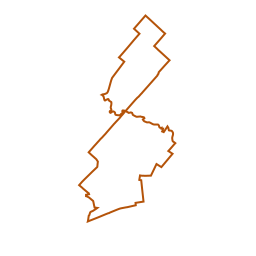 Galbinasi, Calarasi, Romania (Equal Earth projection), rotated 310°
{"feature_id": "2599482B621131645392", "entity_name": "Galbinasi", "entity_type": "district", "adm_level": 2, "iso_a3": "ROU", "parent_name": "Romania", "parent_adm1": "Calarasi", "projection": "equal_earth", "projection_center": [26.45, 44.33], "detail": "fine", "context": "isolated", "style": "outline", "palette": "amber", "viewbox_px": 256, "rotation_deg": 310, "n_neighbors": 0, "source": "geoboundaries", "source_scale": "gbopen_adm2", "svg_char_len": 3914}
<svg xmlns="http://www.w3.org/2000/svg" viewBox="0 0 256 256"><g transform="rotate(310 128 128)"><path d="M146.8,174.0L146.8,173.0L146.7,171.9L146.6,171.2L146.8,170.4L147.3,169.8L148.5,168.5L148.6,168.4L149.3,167.9L150.2,167.5L151.0,167.1L151.6,166.9L152.6,166.2L153.4,165.3L153.6,164.6L153.8,164.0L153.9,163.4L153.5,162.4L152.7,161.4L152.5,160.8L154.1,158.7L154.6,157.2L149.0,157.9L147.8,158.0L147.3,156.4L148.4,156.1L150.0,155.3L149.2,154.4L149.0,154.1L149.8,153.6L149.4,153.3L149.1,152.9L148.8,152.3L148.7,152.0L148.7,151.8L149.0,151.1L149.7,150.2L149.9,149.5L149.9,148.7L149.0,147.6L147.8,146.2L147.4,145.7L146.9,144.6L146.4,142.1L146.1,140.8L145.6,140.1L144.8,139.3L144.4,138.7L144.2,138.0L143.8,136.8L143.6,136.0L143.7,135.0L144.1,133.9L146.0,134.3L146.2,134.0L146.3,133.8L146.4,133.3L145.8,132.0L145.4,131.5L145.1,130.9L144.9,130.2L144.0,129.3L142.4,127.7L142.1,127.3L141.9,126.7L141.5,125.1L141.4,124.5L141.3,123.9L141.2,123.3L141.2,123.2L141.8,122.2L142.2,121.4L141.8,120.2L141.7,120.1L140.7,119.4L139.9,118.6L140.0,117.6L139.7,116.9L139.6,116.2L139.4,115.2L154.1,115.5L157.3,115.7L158.8,116.0L162.6,116.1L163.3,116.2L163.5,116.2L163.9,116.2L164.9,116.2L187.3,116.8L187.7,116.5L188.3,116.4L189.0,116.5L189.4,116.3L190.1,115.9L190.5,115.7L190.9,115.7L199.6,116.0L206.6,116.3L206.8,111.5L207.2,102.3L207.2,101.3L207.4,99.2L207.6,95.4L216.1,95.6L224.2,95.7L224.2,93.4L224.3,91.1L224.4,90.3L224.6,85.8L225.1,76.0L225.4,69.1L207.9,68.8L207.6,76.2L203.8,76.1L199.0,76.0L189.9,76.0L181.9,75.9L177.5,75.8L176.3,75.7L176.4,82.5L156.2,83.6L154.0,84.4L153.7,84.5L150.6,85.9L145.8,88.1L143.5,89.0L142.1,89.4L141.4,89.4L141.0,89.3L140.6,89.1L140.0,88.9L138.6,88.0L137.5,87.0L137.2,86.8L136.6,86.6L136.7,86.9L136.6,87.7L136.5,88.9L135.8,89.9L134.9,91.1L134.3,92.0L134.2,92.5L134.4,92.8L135.6,93.2L136.4,93.6L137.0,93.8L137.5,94.4L137.4,94.9L136.9,95.5L136.8,96.0L137.1,98.5L136.9,98.8L135.9,99.7L134.8,100.4L133.8,100.9L133.0,101.3L132.6,101.6L132.2,102.0L131.9,102.6L131.5,103.3L131.3,103.5L130.9,103.7L130.3,103.6L129.4,103.3L128.9,103.4L128.6,103.7L128.4,103.9L128.3,104.4L128.3,104.6L128.4,104.9L128.7,105.0L129.3,105.2L130.1,105.4L130.8,105.6L131.2,106.0L131.4,106.5L131.5,107.0L131.5,107.8L131.3,108.3L130.9,108.7L130.2,109.7L130.2,110.0L130.4,110.6L131.3,112.0L131.8,112.7L132.2,113.3L132.8,113.5L133.2,113.7L133.7,113.7L134.4,113.7L135.1,113.9L136.0,114.1L136.5,114.1L136.8,114.0L136.9,113.8L136.9,113.6L137.0,113.2L137.2,112.8L137.4,112.7L137.8,112.6L138.1,112.7L138.6,113.4L138.9,113.9L139.1,114.6L139.1,115.0L138.3,115.1L135.9,115.2L132.3,115.1L130.9,115.2L127.6,115.0L124.3,114.8L123.4,114.8L122.5,114.7L116.4,114.6L111.0,114.5L110.3,114.5L110.2,114.5L109.4,114.5L109.2,114.5L105.4,114.3L104.5,114.3L102.6,114.1L101.6,114.0L99.8,114.0L97.8,113.9L94.6,113.8L92.5,113.7L87.5,113.6L84.1,113.5L83.9,116.8L83.7,123.8L82.9,126.5L80.5,128.1L78.6,129.4L78.3,129.5L71.3,128.7L68.0,128.4L61.0,127.7L57.3,127.4L53.1,127.3L52.8,127.3L52.8,129.0L52.8,130.3L52.8,131.5L52.7,132.3L52.7,133.2L52.7,134.0L52.7,136.7L52.7,138.5L52.7,138.9L52.7,139.3L52.8,139.8L52.6,140.2L52.3,140.5L52.2,140.7L51.8,140.4L49.9,138.8L48.8,139.7L49.3,140.8L49.7,142.8L49.7,144.9L49.7,148.2L49.2,148.9L47.2,151.4L45.6,153.5L47.1,155.9L46.2,155.7L44.8,155.3L42.6,154.6L42.0,154.4L41.4,154.2L41.0,153.9L40.2,153.5L39.9,153.4L39.6,153.4L39.4,153.3L39.1,153.3L38.9,153.4L38.7,153.4L37.3,154.0L36.6,154.3L36.4,154.4L35.8,154.3L35.6,154.3L33.3,155.7L32.7,156.1L31.2,157.0L30.6,157.3L32.1,158.1L34.3,159.3L35.6,160.0L40.4,162.6L47.9,166.5L50.1,167.7L50.5,168.1L51.0,168.3L51.6,168.5L58.6,172.2L60.9,173.5L61.9,174.2L66.2,177.7L66.7,178.2L73.8,183.6L75.5,181.9L81.6,187.2L90.3,178.1L96.5,171.7L96.4,171.5L95.9,170.8L95.5,170.0L99.4,167.7L100.3,169.2L101.5,170.7L102.4,171.9L104.4,174.1L105.8,175.7L106.2,176.2L118.7,173.0L119.5,178.7L136.9,178.7L136.3,173.7L139.0,173.8L145.4,173.9L146.8,174.0Z" fill="none" stroke="#b45309" stroke-width="2"/></g></svg>